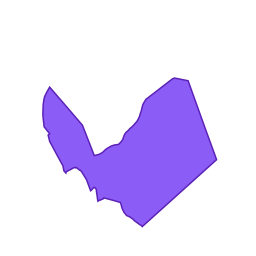 General San Martín, La Rioja, Argentina, rotated 48°
{"feature_id": "61730980B53159304456053", "entity_name": "General San Martín", "entity_type": "district", "adm_level": 2, "iso_a3": "ARG", "parent_name": "Argentina", "parent_adm1": "La Rioja", "projection": "natural_earth1", "projection_center": [-66.186, -31.6], "detail": "fine", "context": "isolated", "style": "filled", "palette": "violet", "viewbox_px": 256, "rotation_deg": 48, "n_neighbors": 0, "source": "geoboundaries", "source_scale": "gbopen_adm2", "svg_char_len": 3639}
<svg xmlns="http://www.w3.org/2000/svg" viewBox="0 0 256 256"><g transform="rotate(48 128 128)"><path d="M133.1,51.7L122.0,60.0L121.2,62.2L119.3,87.7L118.7,95.5L118.9,96.3L119.2,97.1L119.4,97.8L119.6,98.6L119.9,99.4L120.1,100.2L120.4,100.9L120.8,101.7L121.2,102.4L121.6,103.0L122.1,103.7L122.6,104.4L123.0,105.0L123.5,105.7L123.9,106.4L124.4,107.0L124.8,107.8L125.1,108.5L125.5,109.2L125.9,109.9L126.4,110.6L126.8,111.2L127.2,111.9L127.5,112.7L127.8,113.5L128.1,114.2L128.4,115.0L128.7,115.7L128.9,116.5L129.1,117.3L129.2,118.1L129.3,119.0L129.3,119.8L129.5,120.6L129.6,121.4L129.7,122.2L129.7,123.0L129.8,123.8L129.8,124.7L129.7,125.5L129.7,126.3L129.7,127.1L129.8,127.9L129.9,128.8L130.0,129.6L130.0,130.4L129.9,131.2L130.0,132.0L130.0,132.8L130.2,133.7L130.4,134.4L130.7,135.2L131.0,136.0L131.4,136.7L131.7,137.4L132.1,138.1L132.6,138.8L132.9,139.5L133.2,140.3L133.4,141.1L133.5,141.9L133.6,142.7L133.7,143.5L133.8,144.3L133.8,145.2L133.8,146.0L133.4,146.7L133.0,147.4L132.5,148.0L132.0,148.7L131.6,149.4L131.2,150.1L130.9,150.9L130.6,151.6L130.3,152.4L130.0,153.1L129.9,153.9L129.7,154.7L129.5,155.5L129.4,156.3L129.2,157.2L129.1,158.0L129.0,158.8L129.0,159.6L129.0,160.4L129.1,161.2L129.1,162.0L129.1,162.9L129.0,163.7L128.9,164.5L128.7,165.3L128.5,166.1L128.3,166.9L128.0,167.6L127.7,168.4L127.2,169.1L126.8,169.8L126.5,170.5L125.9,171.5L95.4,160.0L74.1,159.5L66.1,159.3L60.4,159.2L45.2,158.9L47.1,164.6L48.5,168.0L48.7,168.6L48.8,168.6L49.1,169.2L49.2,169.4L50.1,170.8L50.4,171.2L52.7,174.0L54.1,175.6L57.8,179.2L59.4,180.7L60.1,181.4L61.3,182.5L61.7,182.8L63.0,183.7L64.6,185.0L65.1,185.3L69.3,188.3L70.9,189.5L79.9,190.1L79.8,192.1L85.8,195.3L89.5,196.1L98.7,198.4L113.0,201.8L114.3,202.8L114.5,202.8L116.9,204.3L118.8,204.3L119.9,204.3L119.2,203.2L120.9,196.5L121.0,196.1L121.1,195.6L121.1,195.3L121.4,194.8L121.7,194.0L122.6,193.6L122.6,192.9L123.6,192.7L127.1,192.1L127.7,191.6L127.8,191.6L128.2,191.7L128.4,191.8L128.7,191.6L130.3,191.9L135.3,192.8L138.9,193.5L142.9,195.1L149.6,197.8L149.7,196.9L149.5,194.8L149.4,193.0L149.8,192.8L150.2,192.7L150.4,192.7L150.7,192.5L151.0,192.5L151.4,192.5L151.7,192.6L152.1,192.7L152.4,192.8L153.0,193.0L153.3,193.3L153.6,193.6L153.8,193.7L153.9,193.8L154.1,194.0L154.3,194.1L154.5,194.2L154.8,194.4L155.1,194.6L155.3,194.8L155.6,195.0L155.9,195.2L156.2,195.3L157.6,196.3L158.6,196.9L158.7,197.0L158.8,197.1L159.0,197.3L159.3,197.4L159.4,197.5L159.5,197.6L159.8,197.8L160.0,197.9L160.2,198.0L160.4,198.2L160.6,198.3L160.8,198.4L161.0,198.6L161.4,198.8L161.6,198.9L161.8,199.0L162.3,199.3L162.4,198.7L162.5,197.9L162.7,197.3L162.8,197.2L163.0,196.9L163.1,196.6L163.3,196.1L163.4,195.7L163.5,195.4L163.6,195.1L163.7,194.9L163.8,194.6L163.9,194.2L164.0,193.8L164.0,193.5L164.0,193.4L163.8,193.0L163.9,192.6L170.7,188.2L172.1,187.3L173.9,186.1L175.1,185.4L176.1,184.9L176.9,184.3L177.7,183.7L178.0,183.5L180.4,184.4L182.4,185.5L183.9,186.2L184.8,186.4L186.0,186.9L186.8,186.9L188.0,187.4L188.2,187.5L189.5,187.4L190.0,187.5L191.4,187.6L192.4,187.5L192.6,187.4L194.1,186.7L194.4,186.6L194.8,186.4L195.7,186.0L196.1,186.0L196.5,185.9L197.1,185.7L197.8,185.6L198.4,185.4L199.1,185.3L199.8,185.3L200.2,185.3L200.7,185.3L201.3,185.2L201.7,185.2L202.2,185.0L203.3,184.8L204.9,184.5L205.1,184.5L205.3,184.4L205.6,184.3L206.0,184.3L206.6,184.1L207.0,184.1L207.3,184.0L207.6,183.9L207.9,183.8L208.3,183.7L208.6,183.5L208.8,183.5L209.0,183.4L209.3,183.3L209.5,183.3L209.8,183.4L210.0,183.4L210.3,183.4L210.5,183.4L210.8,183.4L210.8,183.2L210.8,155.5L210.8,154.6L210.8,83.4L209.2,82.7L198.1,78.2L184.4,72.7L164.8,64.7L143.8,56.1L133.1,51.7Z" fill="#8b5cf6" stroke="#5b21b6" stroke-width="1.5"/></g></svg>